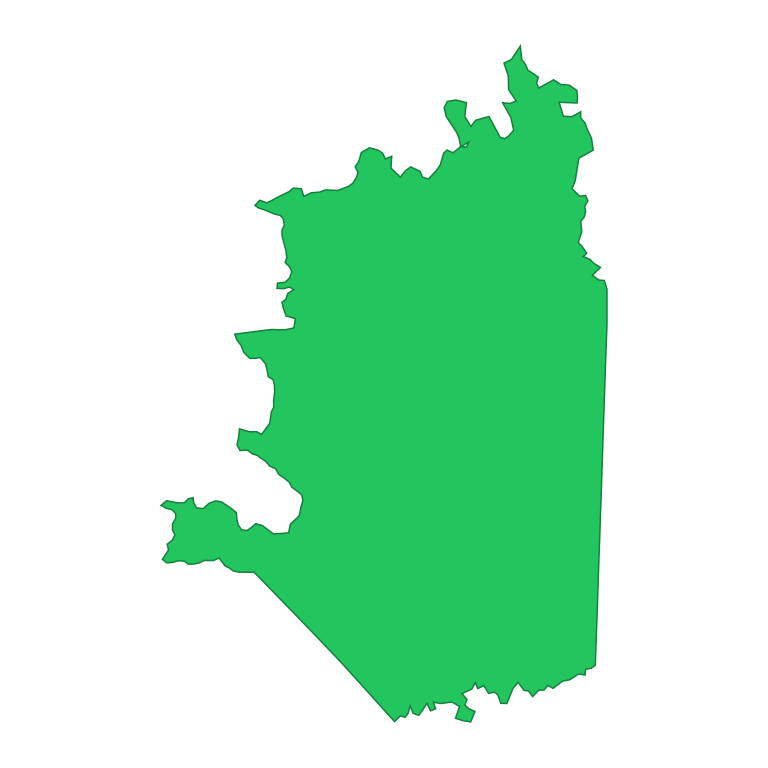 outline of Espumoso, Rio Grande do Sul, Brazil
{"feature_id": "56859067B24285500809060", "entity_name": "Espumoso", "entity_type": "district", "adm_level": 2, "iso_a3": "BRA", "parent_name": "Brazil", "parent_adm1": "Rio Grande do Sul", "projection": "robinson", "projection_center": [-52.869, -28.845], "detail": "fine", "context": "isolated", "style": "filled", "palette": "green", "viewbox_px": 768, "rotation_deg": 0, "n_neighbors": 0, "source": "geoboundaries", "source_scale": "gbopen_adm2", "svg_char_len": 3681}
<svg xmlns="http://www.w3.org/2000/svg" viewBox="0 0 768 768"><path d="M239.5,428.8L238.4,438.5L236.9,444.9L240.1,450.5L247.3,450.1L252.5,453.9L257.2,455.3L260.9,458.3L265.6,461.2L269.8,466.2L275.6,468.7L278.5,474.2L283.9,477.9L289.3,482.3L292.0,487.4L297.0,491.0L301.7,494.8L302.9,500.4L300.9,507.4L299.3,515.6L295.0,519.8L290.4,524.2L288.6,532.9L273.6,534.0L267.3,529.3L262.5,525.6L255.7,523.7L251.6,527.3L247.1,530.5L241.6,529.8L238.2,524.9L236.9,519.4L236.4,512.7L231.6,508.7L226.2,505.0L221.1,501.7L215.5,500.9L208.9,503.4L203.3,508.6L196.5,507.9L193.7,502.8L193.1,497.7L188.3,498.8L184.2,502.8L177.6,502.8L172.4,501.9L166.7,500.7L161.0,505.3L166.5,508.4L172.0,509.7L175.8,513.7L175.6,518.6L172.6,523.7L172.4,529.8L174.9,534.8L172.4,540.1L167.2,544.2L168.5,550.0L165.6,554.4L162.4,559.4L166.9,562.9L172.7,562.4L178.7,560.7L184.6,561.3L188.1,564.1L193.5,564.1L199.4,562.9L204.0,560.5L213.5,560.5L219.1,558.1L225.3,566.1L229.4,568.0L233.0,570.8L238.5,572.1L254.2,572.3L305.5,625.1L341.3,662.6L394.6,721.6L400.3,715.8L405.0,717.3L408.2,713.2L410.1,705.9L413.3,713.4L418.7,715.3L421.9,711.2L426.9,703.2L430.5,710.8L435.7,708.8L433.4,702.3L441.0,703.5L452.0,702.0L459.6,706.5L455.5,718.3L463.0,720.6L470.7,721.9L475.0,711.5L469.2,708.9L464.8,705.2L467.0,699.6L462.1,693.6L471.8,689.1L475.3,682.5L477.7,688.6L483.8,685.6L488.6,693.4L494.7,692.1L497.9,695.2L500.8,703.3L506.9,703.5L512.9,688.5L518.1,682.4L524.0,690.4L528.5,690.9L532.6,696.6L538.8,690.2L544.2,690.0L547.8,685.4L553.0,688.3L562.6,681.1L569.6,679.8L578.7,674.0L585.1,675.0L585.5,669.3L591.2,668.3L595.3,665.1L597.5,602.9L598.5,571.1L599.8,535.3L605.6,361.6L607.0,324.3L607.0,289.2L604.3,280.5L598.8,280.0L592.4,275.3L600.4,267.4L593.4,263.0L589.9,259.3L583.2,256.5L586.7,253.2L582.0,246.3L578.2,242.5L581.8,231.8L580.7,221.4L584.3,216.9L585.6,211.6L584.7,206.3L587.9,200.9L585.6,195.6L579.6,196.2L572.1,188.7L575.2,180.7L578.9,158.2L593.2,150.2L591.4,137.9L587.2,129.4L585.0,122.9L580.7,117.9L580.7,111.8L571.6,116.8L563.3,116.1L559.1,102.3L577.1,103.0L577.5,97.6L576.8,90.4L569.1,85.1L561.0,84.6L553.7,79.8L538.7,88.0L536.6,83.2L538.3,77.1L527.8,70.1L525.7,64.8L521.8,59.5L520.3,46.1L511.5,59.4L504.0,63.1L508.3,75.9L508.6,89.6L516.2,101.1L509.6,103.5L502.6,102.7L510.8,117.3L513.7,130.2L508.9,135.8L504.8,138.6L500.2,137.4L488.9,116.5L475.7,120.3L470.9,126.5L464.8,116.5L466.4,102.7L456.0,100.0L447.4,101.4L444.2,107.5L446.2,116.6L456.7,132.5L459.2,138.6L460.7,146.7L453.0,152.8L447.1,150.0L443.7,153.1L440.3,164.9L436.1,170.8L428.5,179.0L422.4,177.1L420.1,171.3L410.7,167.0L405.5,170.7L400.3,177.1L391.0,168.1L391.7,156.3L385.5,159.0L382.6,153.1L377.8,150.0L369.4,147.8L361.3,152.6L358.8,161.4L355.2,166.7L357.9,172.3L356.7,177.1L352.7,183.3L348.3,186.5L337.6,190.4L325.6,189.9L319.5,192.1L311.1,192.8L303.8,196.4L301.3,188.7L293.3,188.1L288.9,191.8L282.7,194.8L276.7,197.7L271.6,200.6L266.7,202.8L259.8,200.3L255.0,205.4L258.8,208.1L263.4,209.5L267.3,211.0L274.5,214.1L279.8,215.3L283.1,218.2L284.3,225.2L282.0,230.1L282.0,235.4L283.4,241.2L285.9,250.4L286.8,257.7L285.2,262.5L289.5,266.8L291.8,271.7L289.7,277.8L285.2,282.3L277.5,283.1L277.0,288.4L283.1,288.7L289.8,287.1L293.6,289.8L287.7,293.5L285.9,299.3L282.0,302.1L283.4,308.3L286.1,316.0L290.7,317.2L295.4,318.7L293.8,327.9L286.1,329.6L279.5,329.8L272.4,329.5L266.3,330.1L234.8,334.1L236.6,339.5L241.1,345.6L243.9,352.6L249.8,358.4L255.4,358.4L260.2,357.4L265.6,363.9L267.3,371.0L268.2,376.6L273.1,379.7L274.5,385.7L274.6,392.3L273.6,400.3L273.7,407.3L271.4,411.8L270.5,417.9L269.8,423.2L261.6,434.4L256.8,431.7L250.1,431.8L245.2,430.7L239.5,428.8ZM460.7,146.7L468.7,142.2L466.4,147.0L460.7,146.7Z" fill="#22c55e" stroke="#15803d" stroke-width="1.5"/></svg>